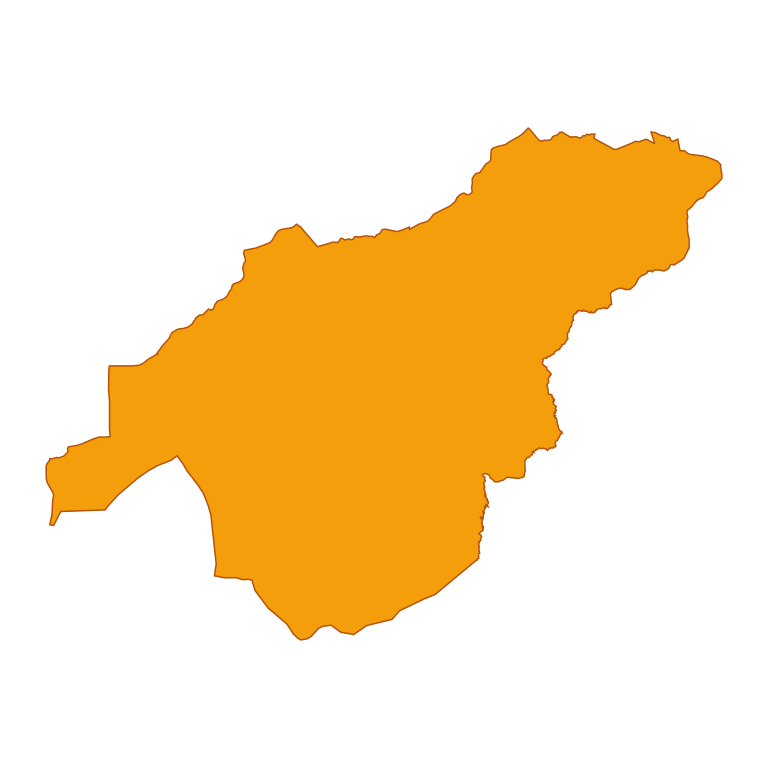 the district of Ogan Komering Ulu, Sumatera Selatan, Indonesia
{"feature_id": "22746128B55651065226017", "entity_name": "Ogan Komering Ulu", "entity_type": "district", "adm_level": 2, "iso_a3": "IDN", "parent_name": "Indonesia", "parent_adm1": "Sumatera Selatan", "projection": "orthographic", "projection_center": [104.188, -4.111], "detail": "fine", "context": "isolated", "style": "filled", "palette": "amber", "viewbox_px": 768, "rotation_deg": 0, "n_neighbors": 0, "source": "geoboundaries", "source_scale": "gbopen_adm2", "svg_char_len": 6093}
<svg xmlns="http://www.w3.org/2000/svg" viewBox="0 0 768 768"><path d="M49.7,524.8L53.7,525.4L60.7,511.5L105.2,509.9L107.6,506.5L118.3,494.7L137.7,478.2L149.0,470.3L157.9,465.4L171.1,460.3L177.1,455.7L183.5,464.6L186.8,470.6L197.3,484.1L203.2,493.0L207.8,504.3L210.8,514.3L216.2,564.0L214.4,575.8L223.9,577.7L236.2,577.7L242.6,579.7L248.7,579.3L252.0,580.3L255.1,590.6L268.0,607.9L287.1,624.2L293.0,633.5L297.7,638.2L300.8,639.9L306.9,638.9L311.3,636.3L318.4,628.5L322.4,626.4L331.2,625.2L340.8,632.3L353.7,634.5L366.6,625.6L392.1,619.3L399.5,610.8L423.5,599.2L435.2,594.4L476.7,559.9L477.4,559.9L477.5,558.9L478.7,558.4L478.6,553.7L479.7,553.2L478.6,547.9L479.2,547.6L478.6,542.0L479.4,542.3L479.7,541.2L480.8,540.3L480.5,538.6L481.6,536.7L481.0,535.2L479.0,534.1L480.1,532.4L483.1,530.2L482.4,527.4L483.3,528.0L483.5,526.8L482.1,525.4L482.3,523.1L481.6,522.6L482.4,520.0L480.3,517.3L480.8,516.8L483.1,518.5L483.3,514.4L484.2,513.5L484.3,512.6L482.6,511.9L482.9,511.4L484.0,511.6L484.3,509.4L485.3,508.4L484.6,506.7L486.2,506.8L485.9,505.0L488.0,506.5L487.2,504.7L488.1,503.8L488.3,501.7L486.7,499.9L487.4,499.1L485.8,497.4L485.8,496.6L484.5,496.0L485.1,494.8L485.8,495.2L485.6,493.5L484.8,493.1L485.0,491.1L483.9,488.1L484.8,487.1L484.1,485.8L484.3,484.8L483.6,482.7L484.7,481.9L485.2,480.6L484.5,479.2L485.0,477.5L482.5,475.5L483.1,474.0L484.3,473.7L487.8,474.2L489.2,475.3L490.5,478.2L493.3,480.2L494.5,481.7L498.2,481.9L500.5,480.8L503.2,480.2L507.0,477.2L517.7,478.4L522.6,477.4L523.9,476.6L525.2,470.6L524.7,461.8L527.1,457.4L528.5,457.6L529.7,456.8L531.1,454.9L532.1,454.8L532.6,451.8L534.0,452.5L533.6,451.3L536.0,450.2L536.0,449.5L537.6,449.2L538.2,448.2L539.2,448.0L541.5,448.7L542.5,448.1L545.8,448.9L547.4,450.5L549.2,448.3L550.4,448.6L551.2,447.7L553.4,448.0L553.6,446.9L555.3,446.9L556.0,446.0L555.0,443.3L555.4,441.9L557.8,440.0L558.1,438.2L559.2,437.4L560.6,433.7L561.6,433.8L562.3,433.0L562.0,432.0L560.1,430.8L558.8,428.8L558.0,425.2L557.4,425.0L556.8,419.6L556.1,417.8L555.1,418.0L554.9,416.8L555.4,415.8L554.2,416.0L554.2,413.2L555.3,413.3L555.3,412.6L554.5,412.4L555.3,411.8L555.3,411.2L556.2,411.0L556.4,410.4L555.2,409.0L556.3,406.4L554.3,405.2L552.9,401.9L553.7,401.5L553.6,400.9L554.4,400.9L554.6,399.7L553.4,399.4L553.4,398.2L552.2,396.8L551.8,394.9L550.4,394.3L548.9,394.5L548.4,393.7L547.7,387.8L546.8,386.3L547.7,383.3L548.8,382.3L548.0,378.9L549.0,377.9L549.3,376.0L550.1,376.0L551.2,374.2L548.4,370.6L547.5,370.4L546.8,369.2L546.8,367.4L542.8,364.7L542.5,363.3L543.0,360.7L542.6,359.5L544.6,358.0L546.8,358.3L547.5,356.5L549.9,356.6L551.4,354.7L552.5,354.6L554.1,353.6L554.5,352.3L556.4,350.6L559.8,349.1L559.9,347.8L561.7,346.4L561.8,344.9L564.8,343.8L565.1,342.5L567.9,338.7L567.3,336.8L567.6,333.1L569.1,331.2L569.4,328.8L571.4,325.8L572.3,321.0L573.5,320.5L572.8,318.1L573.8,314.3L575.8,313.7L575.9,312.9L577.3,312.0L577.0,311.3L577.4,311.0L577.8,311.3L579.2,310.3L581.2,311.1L582.4,311.0L582.5,310.5L583.6,310.3L583.5,311.0L587.2,311.3L587.4,311.8L590.1,312.9L591.2,311.7L591.4,312.4L593.3,312.9L594.2,312.0L594.9,312.2L597.0,309.6L600.0,308.5L600.7,308.8L604.9,307.5L605.2,308.4L606.0,308.7L607.6,308.1L609.0,306.9L609.8,304.9L611.6,304.6L610.4,294.1L611.8,291.6L617.9,288.6L621.5,288.1L625.6,289.6L630.1,289.4L635.3,284.6L638.7,278.0L642.5,275.0L644.1,275.0L645.1,273.9L647.1,273.0L647.5,271.1L649.4,271.4L650.4,270.4L652.4,271.9L654.5,269.9L659.8,270.2L664.1,271.0L668.0,268.9L669.2,267.7L670.2,264.7L671.8,264.4L674.2,264.9L682.0,259.9L684.1,258.0L689.2,247.6L689.1,239.9L687.4,230.3L687.6,226.2L686.9,220.8L687.8,217.0L686.8,211.8L687.5,210.3L691.5,206.9L696.8,200.5L701.1,198.1L702.7,197.9L704.1,196.4L706.9,191.8L711.5,188.9L717.8,183.1L721.9,178.5L721.8,173.6L720.5,167.1L720.8,164.9L717.5,161.2L707.5,157.2L701.8,155.8L690.2,154.4L688.2,153.7L684.4,150.7L680.1,150.8L677.8,139.1L673.0,141.5L670.4,139.9L669.8,137.5L666.7,137.4L663.9,135.8L660.7,135.4L655.1,132.5L652.4,132.4L651.9,131.9L651.0,132.0L654.6,142.9L653.8,143.1L646.2,139.2L639.0,141.8L635.0,141.4L632.7,142.8L616.0,149.5L613.2,148.9L593.9,138.4L594.8,134.1L590.4,134.2L588.9,135.1L587.0,134.1L585.1,135.8L582.7,135.9L581.6,137.4L580.0,138.1L575.7,136.6L573.1,137.2L572.1,136.7L570.3,137.1L561.7,131.9L560.6,132.6L559.8,132.4L557.8,134.6L552.6,136.6L551.5,139.0L550.3,139.9L546.0,140.5L544.2,140.1L541.6,141.4L538.5,139.9L529.9,129.3L528.2,128.1L522.2,134.2L519.7,136.0L509.6,141.7L505.2,144.7L499.2,146.0L492.9,148.2L492.1,149.1L491.3,150.1L490.6,160.2L489.6,161.7L485.9,164.0L479.7,172.7L476.5,173.4L475.3,174.1L472.2,178.5L472.3,183.9L471.6,187.2L472.1,192.0L470.8,193.6L468.9,194.6L466.8,194.7L464.2,193.1L462.7,193.3L460.1,194.6L456.9,197.7L455.3,201.5L450.0,206.0L433.7,214.2L429.8,219.3L426.9,221.6L419.8,223.7L409.5,229.3L409.3,227.0L402.8,229.8L397.2,231.6L384.7,229.1L382.1,229.7L380.5,232.6L378.7,234.2L376.6,234.8L375.4,236.8L374.3,237.4L372.8,236.4L367.8,236.3L366.3,235.8L359.4,237.0L355.1,236.6L354.1,237.4L354.0,238.4L351.4,239.9L349.1,238.9L345.0,240.0L342.1,238.4L340.6,238.3L339.4,240.8L337.9,242.4L332.1,242.1L329.8,243.2L317.5,246.7L300.6,227.0L296.5,224.2L293.8,226.6L290.9,227.9L281.5,229.4L278.2,230.8L275.6,234.1L272.1,240.4L269.4,242.9L255.9,248.0L244.4,250.3L243.6,253.3L245.4,259.2L245.4,261.3L244.0,263.2L242.6,268.7L243.7,272.1L244.0,275.9L242.6,279.3L239.4,281.9L233.8,283.8L232.3,285.2L231.5,288.9L229.0,292.2L227.1,296.2L223.6,298.9L217.2,301.4L214.6,305.1L214.0,307.4L212.7,309.5L211.4,310.0L208.5,309.1L202.8,314.9L199.5,315.1L198.3,315.9L195.9,318.0L192.1,324.0L188.0,327.1L183.0,328.5L177.7,329.2L172.2,332.5L170.7,334.7L169.5,337.9L162.3,345.9L156.6,353.9L158.3,354.7L156.6,353.9L156.0,354.7L148.1,359.3L143.9,362.8L139.4,365.2L132.0,365.9L109.4,365.9L108.9,369.1L108.5,388.7L109.5,401.1L109.5,428.6L110.2,436.5L105.6,437.1L99.3,437.0L93.1,439.0L81.8,443.9L77.0,445.4L68.6,446.8L67.7,447.8L67.5,449.3L68.2,451.4L64.3,455.7L62.3,456.8L58.1,457.9L56.8,457.4L52.1,458.8L49.8,458.6L49.6,460.2L46.7,464.3L46.1,466.5L46.3,478.6L47.3,482.9L52.8,492.3L53.7,494.9L52.7,500.2L52.0,514.3L49.7,524.8Z" fill="#f59e0b" stroke="#b45309" stroke-width="1.5"/></svg>